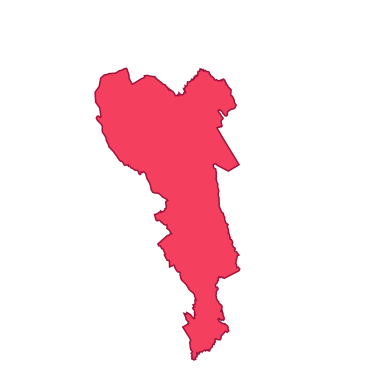 Thong Nhat, Đồng Nai, Vietnam (Equal Earth projection), rotated 329°
{"feature_id": "81297802B78615286204020", "entity_name": "Thong Nhat", "entity_type": "district", "adm_level": 2, "iso_a3": "VNM", "parent_name": "Vietnam", "parent_adm1": "Đồng Nai", "projection": "equal_earth", "projection_center": [107.157, 10.974], "detail": "fine", "context": "isolated", "style": "filled", "palette": "rose", "viewbox_px": 384, "rotation_deg": 329, "n_neighbors": 0, "source": "geoboundaries", "source_scale": "gbopen_adm2", "svg_char_len": 6072}
<svg xmlns="http://www.w3.org/2000/svg" viewBox="0 0 384 384"><g transform="rotate(329 192 192)"><path d="M191.7,283.7L193.3,282.6L192.8,280.1L191.7,279.9L192.9,276.4L192.7,275.6L198.1,269.9L199.8,270.2L199.4,268.2L199.4,266.1L198.3,265.0L198.5,263.6L199.7,263.2L199.9,261.8L199.1,260.6L199.2,258.5L199.7,257.1L200.7,256.7L201.1,255.2L201.3,253.2L200.5,252.2L200.4,251.3L201.6,250.6L201.3,249.3L202.1,248.0L202.2,246.9L201.7,245.9L202.9,245.4L203.0,244.1L203.9,242.9L204.1,240.5L205.2,239.0L206.2,238.3L205.2,236.6L205.3,234.6L206.0,232.0L206.9,230.8L207.1,228.5L207.7,226.6L207.6,225.4L207.1,224.9L207.1,224.2L208.0,218.2L211.9,211.3L213.3,207.2L215.6,204.8L216.5,201.0L218.3,198.3L218.3,196.3L219.2,194.1L219.1,193.5L220.7,191.7L221.1,190.4L222.2,189.2L223.0,187.4L224.1,184.5L223.2,182.5L223.5,180.8L224.4,179.5L226.9,180.0L227.4,182.1L233.9,192.8L246.4,192.8L246.2,162.8L246.4,149.8L248.2,150.1L249.0,150.9L249.4,150.4L250.2,150.4L250.7,151.2L251.8,151.0L253.0,146.7L254.2,145.7L256.5,145.0L256.7,144.7L256.3,142.7L256.4,139.5L256.0,137.9L256.0,137.0L256.4,136.5L256.5,135.6L257.3,135.9L258.0,135.7L258.7,137.0L259.2,139.3L259.0,140.7L259.4,141.7L259.5,143.3L260.3,144.5L261.9,144.2L263.9,141.5L267.8,141.2L270.6,142.1L272.0,142.0L274.4,140.5L274.7,139.5L274.3,137.1L275.4,135.2L275.8,132.4L275.8,130.2L275.2,129.5L275.1,128.9L278.1,124.6L277.7,122.2L277.1,120.9L277.4,118.7L276.5,117.4L277.3,116.4L277.3,114.3L277.7,113.2L277.2,111.4L276.6,111.3L276.0,111.7L275.1,111.0L275.0,111.5L274.3,111.6L273.1,110.6L271.6,110.2L270.9,108.4L270.0,108.3L269.2,107.4L269.3,105.3L268.6,103.1L267.8,102.0L268.2,100.6L267.8,99.6L268.3,98.6L268.2,97.7L267.8,97.1L266.3,96.2L266.2,94.7L264.9,94.4L264.7,93.2L264.0,93.8L264.0,92.6L263.5,92.5L263.4,91.5L262.8,91.3L262.4,90.6L260.8,92.4L259.4,91.8L258.0,93.2L257.5,94.6L256.4,95.1L256.2,94.5L255.6,94.1L255.3,94.3L255.7,94.9L255.5,95.1L254.3,94.3L253.9,94.9L252.9,94.6L252.7,95.8L251.7,95.6L251.5,96.3L250.4,96.5L250.0,95.3L249.5,95.7L249.1,95.6L248.2,96.4L245.6,96.1L244.9,95.3L242.7,98.1L242.1,98.5L241.5,98.4L240.9,97.3L239.9,99.1L239.3,99.0L238.5,99.9L238.0,99.2L237.7,100.9L238.2,102.2L237.7,102.5L237.4,103.4L236.9,102.5L236.0,102.8L235.1,103.6L233.9,103.9L232.3,102.6L231.9,100.3L230.2,102.6L229.6,101.3L228.8,101.7L227.5,101.0L227.5,96.4L226.6,94.6L226.3,93.3L224.6,92.8L224.7,92.2L225.4,91.5L224.6,91.2L225.0,89.7L224.3,89.1L224.2,86.3L222.6,84.5L222.1,82.5L219.7,76.3L219.6,74.2L215.2,70.6L214.1,69.2L211.0,67.8L210.5,69.3L206.9,68.9L196.3,68.9L196.5,63.5L196.9,61.6L197.6,60.4L198.6,57.9L198.9,55.8L199.5,53.9L199.5,52.2L197.3,51.5L194.1,51.3L192.0,50.6L187.8,50.8L181.9,47.8L178.9,47.4L178.5,46.8L176.5,46.6L172.4,47.4L166.7,53.8L160.7,56.4L160.0,57.1L155.7,65.4L156.2,72.5L153.1,79.7L152.5,80.7L151.7,80.9L150.9,78.7L150.0,78.3L148.4,79.0L148.0,79.7L147.8,81.6L149.1,87.3L149.0,89.5L146.9,92.7L146.1,94.5L146.3,98.6L146.2,101.5L145.1,103.6L144.8,108.2L144.2,110.3L144.1,111.2L144.9,112.9L144.8,114.0L145.2,115.1L145.9,121.1L146.2,127.5L146.7,128.9L147.7,129.6L148.0,131.0L147.8,133.6L148.2,134.5L151.4,136.0L150.8,137.0L150.9,137.4L151.8,137.8L152.3,140.1L153.3,141.3L154.2,143.7L156.4,145.5L156.5,146.4L155.9,148.9L156.4,150.3L157.2,150.3L158.5,148.6L159.4,149.8L161.0,149.6L161.6,151.2L161.7,152.3L160.3,157.6L160.2,163.1L159.3,166.3L158.2,168.9L158.2,171.9L159.0,173.1L162.6,175.8L163.8,179.0L164.1,181.1L165.9,183.7L166.1,184.7L166.7,185.3L167.0,186.7L166.4,186.9L165.6,186.5L164.7,186.8L164.0,187.5L162.2,191.7L161.6,192.4L161.1,192.6L160.3,192.3L159.8,193.2L158.3,193.7L158.0,194.1L156.0,193.5L155.5,192.5L155.4,193.0L155.1,192.8L154.7,193.5L153.8,192.4L152.2,192.8L151.1,192.5L149.7,192.7L148.3,191.9L146.7,197.7L147.0,198.4L147.5,198.9L148.5,198.8L149.8,200.0L150.2,202.5L151.0,203.8L151.2,205.4L152.4,206.7L153.5,207.1L152.7,209.3L151.6,210.2L152.7,212.3L152.9,213.7L152.7,215.5L153.1,217.2L151.4,216.7L149.6,217.2L148.4,216.6L135.9,219.0L135.9,221.2L137.1,221.9L136.9,225.0L137.8,225.6L137.0,231.6L135.9,231.6L135.5,237.7L137.2,239.2L134.2,244.7L138.9,245.4L138.9,246.7L138.4,247.8L138.3,250.4L138.4,252.0L138.8,253.4L140.2,254.2L140.4,255.0L139.2,256.6L138.3,259.8L137.9,260.2L137.8,262.1L139.2,267.6L139.5,270.2L139.3,274.1L141.3,280.3L140.4,283.5L140.0,286.7L139.2,285.9L138.6,286.5L137.1,289.6L134.8,289.2L134.6,290.7L134.9,291.7L132.9,291.7L132.7,293.3L133.2,294.1L132.5,296.5L131.9,296.6L131.7,298.4L131.4,298.0L131.1,298.1L131.0,298.9L129.9,299.8L129.0,301.8L128.2,301.1L127.8,299.7L127.6,296.5L125.5,292.6L124.4,293.8L122.6,291.9L122.2,295.9L121.3,298.2L122.1,301.8L121.0,302.3L121.2,303.1L114.5,303.0L114.8,316.6L114.5,318.6L112.9,319.4L112.5,320.1L110.1,325.3L109.7,327.2L110.2,328.4L110.1,329.2L108.2,329.8L108.2,332.0L106.9,332.7L106.9,334.3L106.1,334.5L105.9,335.1L106.9,336.1L107.0,336.8L109.0,337.4L109.4,335.6L110.2,335.4L111.2,335.9L112.0,334.7L112.7,334.7L112.8,333.5L113.3,332.2L113.7,332.7L113.8,333.8L114.7,334.5L115.3,334.0L115.4,333.2L115.9,333.0L117.1,333.7L118.1,333.8L118.5,334.4L119.0,334.0L121.1,334.1L121.7,335.1L122.4,334.5L122.9,334.8L123.5,335.8L124.6,335.6L124.5,336.8L125.3,337.3L126.7,336.0L128.4,335.3L129.7,335.2L131.2,333.4L132.6,334.0L133.5,332.7L134.9,332.5L135.2,331.6L135.3,330.6L135.8,330.0L136.6,330.1L138.3,332.1L140.2,333.2L141.6,332.2L142.8,330.5L147.7,329.0L148.2,328.5L148.9,328.7L149.9,330.4L152.1,329.9L152.3,327.9L153.3,326.6L153.4,325.1L152.3,321.8L150.7,320.7L149.2,318.3L148.6,316.1L148.8,314.1L149.5,314.0L150.1,314.5L149.9,315.3L150.8,315.8L150.8,317.1L152.4,317.1L152.8,318.1L153.6,318.0L154.8,316.5L155.2,313.2L156.0,312.2L156.2,311.1L156.1,310.1L155.4,309.5L155.3,308.9L155.8,308.4L156.4,309.3L156.7,309.4L157.3,307.1L158.2,306.7L159.0,304.9L158.7,303.3L157.7,301.3L158.4,299.7L157.9,298.4L158.1,295.8L158.8,294.6L159.2,293.0L160.8,291.3L161.4,289.9L164.4,288.6L164.8,287.0L164.2,286.4L163.7,286.5L163.6,285.8L163.8,284.5L164.5,283.3L166.2,283.0L167.7,282.2L168.2,281.3L169.2,281.2L170.1,279.2L171.1,278.5L171.9,279.0L171.8,279.9L173.7,280.0L174.2,281.4L174.8,281.3L175.1,282.6L191.7,283.7Z" fill="#f43f5e" stroke="#9f1239" stroke-width="1.5"/></g></svg>